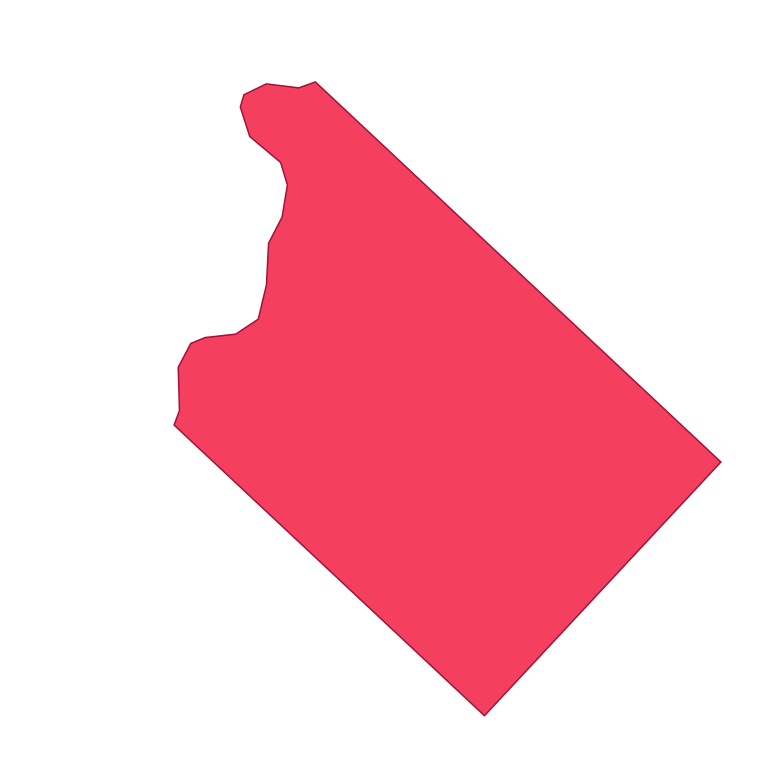 the district of Walworth, South Dakota, United States of America, rotated 43°
{"feature_id": "52423323B58103435188047", "entity_name": "Walworth", "entity_type": "district", "adm_level": 2, "iso_a3": "USA", "parent_name": "United States of America", "parent_adm1": "South Dakota", "projection": "equal_earth", "projection_center": [-100.243, 45.42], "detail": "fine", "context": "isolated", "style": "filled", "palette": "rose", "viewbox_px": 768, "rotation_deg": 43, "n_neighbors": 0, "source": "geoboundaries", "source_scale": "gbopen_adm2", "svg_char_len": 431}
<svg xmlns="http://www.w3.org/2000/svg" viewBox="0 0 768 768"><g transform="rotate(43 384 384)"><path d="M676.1,211.3L127.8,209.9L119.6,225.7L93.2,244.8L84.3,268.0L90.0,279.4L117.1,294.6L157.3,292.5L177.6,304.3L195.6,331.4L203.6,359.8L230.3,391.5L247.8,422.3L241.5,448.7L221.5,472.0L215.0,486.1L222.1,512.1L252.5,542.9L258.5,557.2L683.7,558.1L683.6,211.3L676.1,211.3Z" fill="#f43f5e" stroke="#9f1239" stroke-width="1.5"/></g></svg>